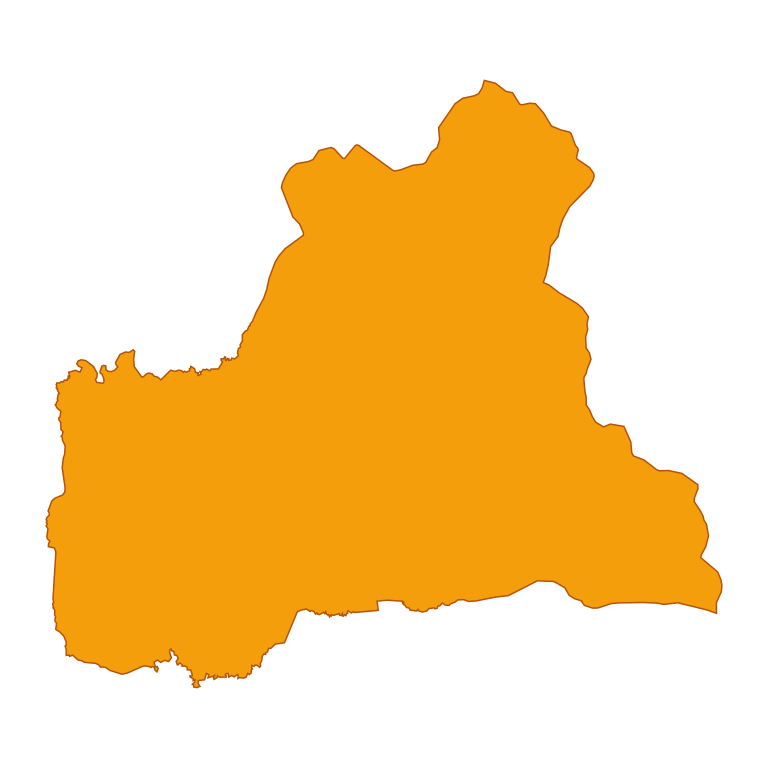 Phu Sang, Phayao, Thailand (Robinson projection)
{"feature_id": "78962969B43087545511477", "entity_name": "Phu Sang", "entity_type": "district", "adm_level": 2, "iso_a3": "THA", "parent_name": "Thailand", "parent_adm1": "Phayao", "projection": "robinson", "projection_center": [100.319, 19.641], "detail": "fine", "context": "isolated", "style": "filled", "palette": "amber", "viewbox_px": 768, "rotation_deg": 0, "n_neighbors": 0, "source": "geoboundaries", "source_scale": "gbopen_adm2", "svg_char_len": 6022}
<svg xmlns="http://www.w3.org/2000/svg" viewBox="0 0 768 768"><path d="M716.5,613.3L716.4,602.6L721.4,591.6L721.9,585.5L721.0,580.1L717.8,572.1L700.7,557.6L701.2,555.2L705.7,546.8L708.5,535.8L706.4,524.0L704.0,520.3L703.0,516.1L700.3,510.8L694.3,501.8L694.5,497.7L698.0,488.7L697.7,484.6L681.9,473.4L668.2,470.5L659.3,470.8L656.3,469.5L643.9,459.9L633.6,456.0L631.8,453.0L630.8,442.0L623.9,426.4L610.5,424.1L603.5,426.9L595.7,422.2L592.4,416.8L589.7,410.1L586.3,405.2L586.1,396.7L585.0,392.3L583.9,379.4L584.0,377.3L586.4,372.9L586.9,369.8L591.0,359.4L589.4,353.0L586.1,347.8L585.6,337.1L587.7,329.5L587.0,324.0L588.4,316.8L582.5,308.2L577.0,303.5L558.8,292.6L549.0,285.0L543.3,282.5L545.8,275.5L548.3,264.6L550.6,246.6L558.1,236.4L559.8,228.1L563.1,218.5L569.8,206.5L589.9,186.0L593.3,179.6L594.1,176.0L593.6,173.3L589.5,167.5L577.1,159.1L576.5,157.3L578.2,150.3L577.9,148.3L575.5,145.5L571.1,133.5L569.4,132.0L561.0,130.0L551.4,126.0L543.6,113.0L535.4,103.7L529.9,103.2L522.0,104.8L519.7,104.2L512.6,92.8L505.9,91.3L495.3,83.2L484.3,80.4L482.2,87.8L478.6,93.7L474.6,95.7L462.7,98.3L455.2,103.6L438.6,127.7L439.6,139.7L437.2,147.6L431.4,152.1L425.8,162.4L422.8,164.1L412.7,165.3L400.7,169.8L395.0,171.0L393.0,170.5L358.7,145.4L356.8,144.9L355.1,145.7L344.5,158.6L342.7,158.2L334.0,148.7L331.0,147.5L319.0,150.5L313.1,159.6L308.4,161.5L296.5,163.7L290.5,168.3L286.0,175.0L282.6,182.3L281.4,187.6L292.9,217.0L299.7,224.2L303.4,232.8L303.3,235.3L285.1,248.7L279.1,255.7L275.2,262.1L269.3,277.7L266.8,289.1L263.7,298.3L256.2,312.2L252.5,321.2L250.1,324.0L250.3,325.4L248.8,326.3L247.4,330.3L245.5,330.9L242.3,334.7L242.4,341.0L240.1,344.7L240.5,347.2L238.5,348.5L237.5,352.9L238.4,355.4L236.2,357.7L234.4,358.9L231.9,358.1L230.8,360.2L228.7,360.3L228.9,358.8L227.7,358.5L226.0,360.6L225.4,360.0L225.7,357.2L224.9,356.8L223.5,358.9L221.2,358.7L221.0,360.0L222.5,362.1L218.4,368.9L211.0,369.1L210.0,370.8L206.5,369.1L205.4,369.9L203.2,369.4L201.6,371.7L200.0,371.6L201.0,373.9L198.7,375.6L197.7,375.1L198.4,372.8L195.5,372.3L194.5,368.6L190.8,366.4L190.4,368.4L189.4,368.9L189.5,370.7L186.3,372.2L184.4,371.2L183.2,372.4L181.7,370.7L178.9,370.1L175.2,371.4L170.6,370.2L160.9,379.9L157.9,377.2L153.8,376.0L152.3,373.9L149.3,373.1L146.9,373.6L143.3,376.8L141.7,377.0L134.3,366.7L133.6,359.3L134.7,351.3L133.1,349.8L129.3,352.4L125.4,352.0L120.0,354.5L115.6,362.4L116.0,364.6L117.9,366.9L114.4,370.4L111.1,371.6L108.1,371.3L106.0,369.6L105.8,365.9L103.7,365.4L101.8,366.3L100.0,371.6L100.2,372.9L102.2,374.4L103.9,379.2L103.9,381.9L102.8,383.3L96.7,382.4L95.5,379.5L96.8,377.5L97.2,373.3L93.4,366.4L85.8,360.6L81.2,359.8L78.2,360.9L76.7,363.9L78.7,366.3L82.0,367.6L80.0,372.2L75.5,370.3L68.7,372.3L69.7,376.2L68.3,376.0L68.0,377.0L69.3,378.0L67.3,379.0L67.3,380.2L64.3,380.1L63.4,381.9L61.3,381.6L59.1,383.2L57.0,382.8L56.2,384.6L56.7,385.1L56.3,388.1L57.7,388.8L57.2,389.8L59.3,393.5L58.2,394.2L57.3,399.0L57.9,400.4L56.4,402.3L56.4,403.9L55.2,404.7L57.4,408.4L60.8,411.2L60.1,416.8L58.9,417.7L58.8,419.5L60.8,422.6L60.9,429.4L63.0,431.7L62.4,434.8L61.1,436.3L62.4,437.5L62.4,439.9L65.2,446.1L64.6,454.3L63.3,458.2L62.2,467.5L65.1,487.8L64.8,492.0L62.6,495.0L55.1,498.1L51.9,500.8L48.1,511.0L49.2,512.9L49.3,515.1L46.7,517.9L46.2,519.8L47.0,520.8L46.3,522.5L47.3,524.1L46.1,525.8L47.9,528.7L46.9,536.8L47.4,538.9L49.8,541.1L48.5,543.8L48.4,546.7L54.4,548.0L55.9,552.0L53.0,598.5L53.7,602.7L52.8,603.4L52.9,605.5L53.6,607.4L53.0,607.9L54.8,610.0L54.6,614.5L55.5,616.6L54.9,620.7L56.5,623.5L55.8,629.4L60.0,632.1L63.8,636.2L66.2,641.9L66.1,645.2L65.1,646.1L66.2,649.2L66.2,655.4L69.2,655.1L69.6,656.3L72.8,655.2L77.8,659.9L81.9,660.8L84.5,662.4L95.3,663.3L98.7,664.8L100.4,667.1L104.9,667.0L110.1,670.5L122.1,674.2L127.5,673.0L142.9,666.2L145.8,665.9L151.5,667.3L152.3,666.5L154.1,667.0L155.0,670.1L156.9,671.9L158.2,668.6L157.1,666.5L155.4,666.9L154.0,662.3L157.5,660.0L160.7,662.4L164.6,660.4L168.6,661.5L171.4,657.8L169.6,652.1L170.1,649.4L171.0,649.0L171.9,650.9L173.9,651.6L174.4,655.0L176.7,655.4L178.1,657.7L178.1,658.9L176.2,661.4L177.3,664.8L178.3,664.8L179.6,663.0L181.9,664.4L182.1,666.3L184.6,665.9L187.2,667.3L187.3,669.9L190.7,670.0L192.3,675.0L191.8,676.2L190.0,675.8L190.1,677.0L193.2,678.8L193.1,680.6L194.9,679.7L194.8,682.1L192.3,684.3L193.4,684.9L193.8,687.1L197.0,687.6L200.0,686.3L198.3,683.8L198.3,680.6L204.6,679.8L206.4,673.4L208.8,674.7L207.9,677.8L214.1,675.9L215.2,674.6L213.4,677.8L214.1,679.4L216.8,677.8L217.6,675.8L218.1,676.8L220.3,677.2L226.4,677.0L226.5,676.0L225.3,674.8L226.2,673.5L228.2,673.6L228.8,677.1L231.6,675.5L234.2,676.9L237.3,674.6L238.1,675.1L238.0,678.5L239.4,677.6L243.8,678.1L246.2,677.1L247.7,673.4L249.3,674.6L251.1,673.0L251.5,669.7L252.4,669.0L251.7,667.9L251.8,665.4L254.0,666.4L254.7,665.3L257.3,665.3L259.7,667.3L260.7,665.8L260.2,663.8L261.8,660.2L262.3,656.1L263.7,654.1L265.7,654.3L265.6,652.8L267.6,651.9L268.4,648.5L271.0,648.2L275.3,644.1L284.5,642.7L297.3,611.8L300.9,610.1L306.4,609.0L310.2,611.5L311.3,610.5L313.8,611.4L315.4,614.0L317.1,613.0L317.3,614.0L319.4,614.6L323.6,612.3L324.7,613.6L325.7,611.7L326.2,613.8L327.5,615.0L328.6,614.6L329.5,616.9L330.5,615.5L331.1,616.0L331.2,614.9L333.7,615.3L339.2,613.6L339.5,615.1L341.0,615.5L342.4,613.4L342.6,616.0L343.5,616.1L344.4,614.6L345.8,615.6L346.6,613.8L347.7,613.3L347.4,611.6L348.2,610.7L351.3,613.0L353.4,611.6L354.3,612.5L378.3,610.4L377.1,601.1L387.5,600.2L402.1,601.2L402.5,602.5L403.0,601.6L403.8,602.3L403.4,604.4L405.1,605.3L406.5,607.5L409.0,608.0L410.1,610.1L416.4,611.0L418.0,609.5L418.2,610.7L422.3,612.0L426.8,611.0L428.8,608.7L434.0,607.8L435.0,608.8L437.1,608.3L437.9,606.1L439.9,605.8L442.3,603.0L445.4,605.1L449.2,605.4L450.2,604.0L455.2,602.0L457.7,599.9L463.9,599.7L468.5,601.4L475.8,601.0L494.9,597.2L508.4,595.6L537.4,580.8L553.3,581.4L556.1,582.7L564.8,587.7L569.1,595.2L574.6,598.7L581.1,600.7L584.4,605.4L592.6,608.1L597.8,608.0L611.3,603.6L618.3,602.9L643.6,602.5L657.6,603.1L663.5,604.4L677.9,602.8L706.5,609.8L716.5,613.3Z" fill="#f59e0b" stroke="#b45309" stroke-width="1.5"/></svg>